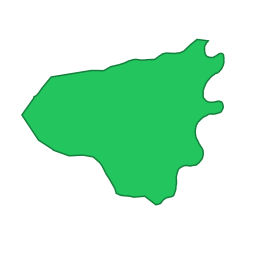 outline of Agard Lands, Castries, Saint Lucia, rotated 353°
{"feature_id": "8701671B38809130706709", "entity_name": "Agard Lands", "entity_type": "district", "adm_level": 2, "iso_a3": "LCA", "parent_name": "Saint Lucia", "parent_adm1": "Castries", "projection": "robinson", "projection_center": [-60.962, 14.007], "detail": "fine", "context": "isolated", "style": "filled", "palette": "green", "viewbox_px": 256, "rotation_deg": 353, "n_neighbors": 0, "source": "geoboundaries", "source_scale": "gbopen_adm2", "svg_char_len": 5568}
<svg xmlns="http://www.w3.org/2000/svg" viewBox="0 0 256 256"><g transform="rotate(353 128 128)"><path d="M208.2,124.9L208.7,124.6L209.0,124.5L209.2,124.4L210.0,124.1L210.6,124.0L211.6,124.1L212.1,124.2L212.7,124.4L213.4,124.5L213.7,124.5L214.7,124.6L215.3,124.6L215.8,124.6L216.7,124.5L217.1,124.5L218.1,124.4L218.7,124.3L219.3,124.1L220.4,123.9L221.0,123.9L221.3,123.8L221.6,123.7L222.2,123.4L222.5,123.1L222.8,122.7L223.3,122.2L223.5,121.8L223.9,121.3L224.4,120.5L224.4,120.2L224.7,119.7L224.9,119.5L225.1,118.7L225.1,118.0L225.0,117.0L225.1,116.7L224.8,116.0L224.8,115.3L224.6,114.7L224.3,114.0L223.9,113.5L222.8,113.0L222.2,112.8L222.0,112.5L221.0,112.5L219.9,112.4L219.3,112.4L218.5,112.6L217.8,112.7L217.0,112.8L216.4,112.8L216.1,112.8L215.8,112.8L215.1,112.6L214.5,112.7L214.0,112.7L213.3,112.6L213.0,112.5L212.3,112.4L211.7,112.1L211.3,112.0L210.9,111.9L210.4,111.7L209.8,111.3L209.3,110.9L209.0,110.7L208.7,110.3L208.5,110.0L208.1,109.5L207.9,109.2L207.5,108.6L207.0,108.2L206.9,107.7L206.6,107.1L206.4,106.1L206.5,104.8L206.5,104.5L206.8,103.7L206.8,102.9L206.9,101.8L206.9,101.3L207.0,100.7L207.3,99.7L207.7,99.0L207.9,98.5L208.3,97.4L208.7,96.7L209.1,96.1L209.3,95.7L209.8,94.9L210.1,94.3L210.4,93.8L210.7,93.6L211.1,92.8L211.4,92.4L211.8,92.0L212.3,91.3L212.8,90.8L213.0,90.6L213.6,90.1L214.1,89.7L215.0,88.8L215.5,88.3L216.3,87.6L216.8,87.2L217.3,86.9L218.2,86.3L218.7,86.1L219.0,85.9L219.8,85.6L220.7,84.9L221.0,84.7L221.9,84.4L222.6,84.5L223.1,84.4L223.7,84.1L224.4,83.7L225.2,83.3L225.6,82.9L226.1,82.5L226.6,81.8L227.3,81.3L227.7,81.1L228.2,80.4L228.7,79.5L229.3,78.7L229.6,78.2L230.0,77.6L230.2,77.2L230.4,76.8L230.6,76.1L230.8,75.5L231.2,74.5L231.3,73.8L231.3,73.5L231.4,72.3L231.5,71.3L231.7,70.2L231.7,69.6L231.6,68.8L231.6,68.4L231.7,68.1L231.7,67.6L231.6,67.0L231.5,66.8L231.3,66.4L231.0,66.1L230.6,65.7L229.9,65.4L229.3,65.2L228.7,65.3L227.9,65.4L227.7,65.5L227.3,65.6L226.7,65.8L226.2,66.1L225.7,66.3L225.3,66.6L225.0,66.8L224.6,67.0L224.4,67.0L224.1,67.2L223.7,67.3L223.3,67.5L223.0,67.6L222.6,67.8L222.0,67.9L221.6,68.1L221.3,68.2L221.0,68.3L220.8,68.4L220.4,68.4L220.2,68.4L219.8,68.2L219.6,68.2L219.0,68.1L218.6,68.0L218.4,68.0L218.1,67.9L217.6,67.8L216.8,67.5L216.4,67.2L216.1,67.1L215.8,67.0L215.5,66.8L215.3,66.7L214.9,66.4L214.5,65.7L214.0,64.8L213.6,63.8L213.5,62.9L213.5,61.9L213.4,61.3L213.5,60.6L213.5,59.8L213.6,59.2L213.6,58.6L213.6,58.0L213.7,57.5L213.8,57.1L213.8,56.7L214.3,56.0L214.6,55.2L215.3,54.4L215.8,53.8L216.2,53.0L216.7,52.7L217.1,52.4L217.4,52.1L217.9,51.8L218.3,51.3L207.3,48.5L200.6,52.7L192.6,58.6L188.7,59.7L183.2,59.7L175.2,58.3L171.5,58.6L170.9,58.9L167.9,60.4L163.0,63.2L156.9,62.7L154.1,62.5L153.9,62.6L153.7,62.7L152.9,62.6L151.7,62.5L151.0,62.3L149.9,62.3L149.6,62.3L149.0,62.2L147.7,61.8L147.4,61.7L147.0,61.6L145.3,61.1L144.0,60.9L143.7,60.8L143.2,60.8L142.4,60.8L141.1,60.9L140.4,61.1L139.5,61.1L138.7,61.3L137.5,61.5L136.6,61.7L135.7,61.9L134.9,62.2L133.7,62.7L131.3,63.3L129.0,63.7L127.5,64.0L126.6,64.3L126.3,64.4L125.2,64.2L124.3,64.4L123.5,64.5L122.4,64.7L121.4,64.8L120.7,64.8L119.9,64.8L119.0,65.0L118.5,65.0L117.9,65.2L117.2,65.6L116.7,65.8L115.0,66.4L113.3,67.2L113.1,67.3L112.5,67.6L111.2,68.0L110.4,68.1L109.8,68.0L109.4,68.0L108.7,67.9L107.3,67.7L107.1,67.6L106.7,67.6L105.8,67.4L104.9,67.3L104.5,67.3L103.7,67.1L102.8,67.0L102.0,66.9L101.1,66.8L99.7,66.6L98.8,66.5L98.1,66.5L97.9,66.5L59.1,68.0L57.9,68.1L53.7,72.1L47.5,78.0L43.5,82.5L43.0,82.9L41.9,84.0L40.2,85.1L38.6,85.4L37.9,87.2L24.3,102.1L37.8,129.2L38.8,130.0L51.1,140.3L51.1,140.8L66.1,148.4L80.1,149.4L86.5,151.4L90.1,152.5L91.4,154.0L95.7,158.9L97.6,162.2L99.2,166.6L100.8,171.1L101.7,173.0L102.8,175.0L107.6,186.4L108.4,191.4L112.5,193.9L114.9,194.5L121.3,195.9L124.2,196.9L125.4,197.3L136.4,197.8L142.9,204.2L146.2,207.5L148.4,207.4L151.2,206.8L153.6,204.1L157.2,202.0L159.3,201.8L163.6,201.3L165.1,200.5L167.7,195.4L168.1,194.0L168.5,191.5L169.3,189.3L169.7,186.0L169.7,184.8L169.7,184.6L169.8,183.5L170.0,182.4L170.2,181.8L170.4,181.0L170.7,180.4L170.8,180.0L171.1,179.1L171.3,178.6L171.7,177.8L171.9,177.2L172.1,177.0L172.4,176.3L172.6,176.0L172.7,175.6L173.0,175.2L173.5,174.7L174.0,174.4L174.4,174.1L175.1,173.7L175.6,173.5L176.5,173.1L177.0,173.0L177.8,172.6L178.5,172.3L179.4,172.3L180.4,172.2L180.9,172.3L181.6,172.5L182.3,172.5L183.0,172.6L183.8,172.8L184.4,173.2L184.7,173.3L185.4,173.2L186.1,173.3L186.6,173.2L187.2,173.0L188.1,173.1L188.6,173.1L189.2,173.0L189.9,173.0L190.8,173.0L191.8,172.8L192.6,172.1L193.0,171.7L193.6,171.5L193.9,171.4L194.4,170.9L194.7,170.7L195.2,170.0L195.8,169.7L196.4,169.1L196.5,168.9L197.3,168.1L197.7,167.6L197.9,167.3L198.0,167.0L198.2,166.8L198.4,166.2L198.7,165.5L199.0,164.6L199.4,163.8L199.4,162.6L199.6,161.7L199.7,160.7L199.6,160.3L199.7,159.3L199.4,158.7L199.2,157.6L199.0,157.1L198.7,156.5L198.3,155.7L198.0,155.3L197.7,154.7L197.6,154.3L197.4,154.0L197.1,153.2L196.8,152.7L196.7,152.4L196.6,152.2L196.3,151.7L196.2,151.0L196.1,150.4L195.8,149.6L195.6,149.1L195.4,148.5L195.4,148.3L195.0,147.8L194.7,146.6L194.5,146.3L194.4,145.5L194.2,145.2L194.3,144.3L194.2,143.7L194.1,143.4L194.2,142.3L194.2,141.6L194.2,141.2L194.3,139.8L194.4,139.3L194.4,138.9L194.6,138.0L194.8,137.3L195.0,136.9L195.2,136.1L195.3,135.7L195.6,135.0L195.9,134.2L196.0,133.8L196.6,132.9L196.9,132.5L197.3,132.0L197.6,131.5L198.1,130.9L198.4,130.4L199.1,130.0L199.8,129.5L200.4,128.9L201.0,128.5L201.6,128.0L202.5,127.4L203.2,126.9L203.7,126.5L204.2,126.3L204.4,126.3L204.7,126.2L205.3,126.0L205.5,125.7L206.3,125.6L207.1,125.4L208.2,124.9Z" fill="#22c55e" stroke="#15803d" stroke-width="1.5"/></g></svg>